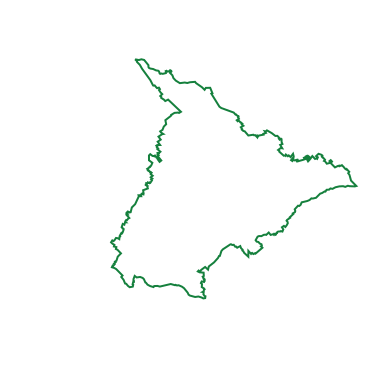 Mueang Suphan Buri, Suphan Buri, Thailand (Equal Earth projection), rotated 128°
{"feature_id": "78962969B42801469218282", "entity_name": "Mueang Suphan Buri", "entity_type": "district", "adm_level": 2, "iso_a3": "THA", "parent_name": "Thailand", "parent_adm1": "Suphan Buri", "projection": "equal_earth", "projection_center": [100.048, 14.472], "detail": "fine", "context": "isolated", "style": "outline", "palette": "green", "viewbox_px": 384, "rotation_deg": 128, "n_neighbors": 0, "source": "geoboundaries", "source_scale": "gbopen_adm2", "svg_char_len": 6038}
<svg xmlns="http://www.w3.org/2000/svg" viewBox="0 0 384 384"><g transform="rotate(128 192 192)"><path d="M300.6,208.8L299.7,206.4L299.4,204.3L300.6,195.3L302.5,195.4L303.3,191.9L305.3,188.4L304.8,187.3L305.4,184.8L305.4,182.5L303.0,180.4L301.3,181.2L301.3,182.0L298.5,183.2L298.4,182.6L297.9,182.9L298.0,183.5L296.6,184.5L293.4,185.5L293.4,183.0L290.9,180.6L290.1,178.0L290.3,176.2L292.0,173.1L291.8,172.5L292.4,170.0L291.9,167.1L290.6,163.8L289.4,163.9L287.3,161.4L286.3,159.1L277.6,152.1L275.9,148.0L275.3,147.8L274.9,146.3L273.7,145.1L272.8,141.7L272.7,139.1L274.0,133.4L275.0,131.5L274.9,129.9L272.8,124.9L270.4,122.6L269.2,119.4L268.9,117.6L267.5,116.3L265.9,117.2L266.2,118.2L265.6,120.0L263.8,121.1L264.3,122.1L263.1,121.6L261.6,122.5L261.0,122.2L260.6,122.9L260.9,125.8L258.4,127.4L258.3,128.9L256.5,129.3L255.5,127.2L254.0,128.0L253.9,127.6L253.2,128.1L253.6,128.8L253.3,129.4L252.9,129.2L252.2,131.4L250.9,131.0L248.4,133.2L250.6,136.5L251.0,138.5L249.8,138.4L249.8,136.7L247.7,136.8L243.0,135.5L243.3,131.6L240.3,132.9L233.9,131.3L228.0,130.9L225.8,131.3L225.2,130.7L220.4,132.5L218.2,132.4L209.6,129.5L209.1,128.9L209.0,127.7L207.9,126.6L208.5,124.2L207.8,123.5L208.1,122.1L204.9,120.7L206.1,118.7L206.3,116.6L207.1,116.3L207.1,114.9L207.8,113.7L208.3,107.8L203.7,111.3L204.4,107.4L203.6,107.4L203.5,106.9L203.0,106.9L203.0,105.3L201.3,104.6L201.4,104.0L192.6,102.2L192.4,104.2L191.3,103.9L190.4,105.1L190.9,106.8L190.5,108.9L191.3,110.5L190.8,112.2L186.8,112.8L185.5,112.1L184.0,110.1L181.6,109.1L180.4,107.9L180.1,107.1L176.7,106.6L177.4,103.6L175.2,102.0L175.3,101.2L174.4,101.4L174.4,99.9L173.9,99.7L173.4,100.4L172.1,99.7L171.7,100.2L170.2,99.8L168.4,97.8L168.0,97.8L167.5,96.4L165.3,97.0L164.4,99.4L162.1,98.7L162.1,96.9L159.9,96.9L157.6,97.3L156.7,98.3L156.4,99.8L155.5,99.9L151.9,98.8L151.7,99.4L147.0,98.6L146.8,99.4L144.5,98.5L143.4,98.9L142.4,100.4L137.5,100.0L137.0,98.9L135.4,98.5L132.6,99.2L128.1,95.6L125.9,94.4L123.5,94.0L122.8,92.8L120.2,90.7L114.4,90.0L112.8,88.9L109.8,87.8L109.5,87.1L107.4,87.3L105.7,85.4L104.0,85.1L103.0,83.2L100.0,81.9L96.9,79.4L94.4,76.5L93.6,74.4L91.1,73.0L90.4,71.4L87.3,67.1L86.1,66.2L85.1,73.7L81.6,78.4L81.0,80.5L79.3,80.5L78.7,84.2L79.3,84.2L79.4,85.7L78.7,88.8L78.9,89.8L78.6,90.4L80.9,91.7L80.6,92.2L81.7,93.1L84.6,94.5L83.8,100.5L81.8,100.4L81.5,102.3L83.0,102.7L84.0,101.1L86.7,103.2L85.9,106.0L86.2,107.1L84.7,107.1L84.1,110.3L84.4,110.4L84.2,111.5L83.0,111.7L83.0,113.0L84.0,115.8L87.3,116.3L87.2,114.2L88.8,113.8L88.8,114.6L90.2,115.4L89.6,119.3L92.2,119.2L92.1,122.9L92.4,123.5L93.7,124.1L94.2,119.2L96.4,119.4L94.5,123.7L96.1,124.8L96.8,123.3L98.6,124.5L102.1,127.1L101.5,128.7L102.1,129.2L102.8,127.6L103.3,128.0L102.6,129.6L103.8,130.4L104.5,132.1L105.8,132.0L105.9,133.5L103.2,133.5L103.1,132.8L101.3,133.8L99.7,135.9L103.8,135.8L103.6,138.3L104.8,138.5L104.7,141.0L105.9,140.6L105.9,141.2L106.9,142.0L106.5,148.0L105.9,148.4L105.9,150.0L102.8,149.2L102.0,147.8L100.6,151.5L98.5,150.3L97.5,152.1L95.2,154.0L95.2,154.5L96.8,155.1L96.5,156.3L95.7,156.1L95.2,159.3L96.5,160.8L96.5,165.4L97.3,170.9L98.9,171.2L99.3,172.0L99.9,170.1L102.2,171.6L102.7,170.9L106.4,174.1L107.3,174.1L107.3,175.1L108.7,174.3L108.3,177.2L109.1,178.0L109.1,178.9L112.8,182.4L111.7,187.8L112.3,189.2L112.2,191.1L111.6,191.1L110.9,193.4L108.2,192.3L108.1,194.3L107.2,194.3L107.1,196.4L107.4,196.5L106.9,199.4L108.1,199.6L107.9,200.9L105.4,200.1L104.8,201.7L104.0,201.6L103.6,202.2L104.0,203.0L103.8,205.2L104.2,205.4L103.7,208.0L107.8,220.6L107.9,222.9L102.6,237.3L101.6,236.7L98.7,241.8L101.4,245.2L103.7,245.0L103.3,248.8L103.7,255.8L103.3,257.4L106.8,261.2L109.0,262.8L110.2,265.1L113.7,268.6L114.2,273.3L113.7,276.7L112.1,279.3L111.7,282.4L109.7,282.4L109.3,283.0L109.5,284.2L111.0,284.1L110.9,284.5L112.0,285.2L112.2,286.4L112.7,286.2L113.0,287.0L114.4,285.8L116.9,287.8L117.6,289.3L118.5,289.8L118.5,290.5L117.3,292.2L117.2,293.2L118.3,295.2L119.0,298.3L120.4,300.9L120.7,302.4L120.3,303.3L118.9,304.4L117.4,311.0L118.6,313.6L120.7,315.1L122.1,317.8L122.6,317.7L122.8,315.9L123.4,315.3L123.9,311.4L125.6,307.3L129.5,293.7L131.9,288.5L132.0,288.0L131.0,287.1L131.7,283.6L130.1,282.3L130.7,280.6L132.0,280.8L132.9,278.1L133.2,275.7L135.9,276.1L136.0,274.7L136.8,274.2L136.5,271.0L136.8,269.1L133.9,267.7L135.6,250.1L137.7,250.9L137.9,251.8L140.4,254.5L144.1,255.9L144.4,255.5L145.4,255.6L151.8,257.2L154.5,254.1L157.8,254.5L161.2,253.5L163.8,254.4L164.2,253.0L164.0,250.4L164.8,251.1L169.0,252.5L170.0,248.9L173.5,250.0L174.6,246.1L176.4,248.3L177.5,248.6L177.8,247.1L178.4,247.1L178.6,245.5L179.5,245.7L179.7,241.7L181.4,242.0L182.1,242.8L182.3,242.0L183.3,242.6L183.7,242.3L183.7,241.0L184.5,241.3L184.9,240.7L186.1,235.6L188.2,236.1L187.4,238.9L186.5,238.7L186.4,241.3L186.7,241.3L186.1,243.6L187.1,243.7L187.1,244.2L187.9,245.3L187.9,248.2L189.7,248.4L193.5,245.4L193.4,241.2L196.5,240.4L198.1,240.9L198.3,240.5L201.3,241.5L201.6,239.7L202.1,240.0L202.2,239.6L201.7,237.0L202.3,236.9L201.8,235.7L203.4,235.4L203.4,233.0L205.8,233.6L205.9,231.5L207.2,232.0L207.5,230.7L210.4,230.5L210.6,231.2L211.2,231.0L211.6,232.5L212.0,232.2L213.1,233.4L213.7,232.5L214.5,233.1L215.0,232.8L214.7,230.8L215.0,230.9L216.4,229.0L220.7,231.6L222.9,229.3L223.2,229.7L223.6,229.3L223.7,229.8L224.2,229.5L224.6,230.6L226.1,230.3L226.6,229.5L227.3,230.4L226.8,231.3L227.5,232.1L228.0,231.3L236.6,229.3L241.2,229.9L245.7,227.9L247.3,229.3L246.6,229.5L246.9,230.6L248.8,230.8L249.4,230.4L249.5,228.6L250.4,229.2L251.1,225.4L252.4,225.9L254.4,225.9L254.6,226.6L255.7,226.6L256.7,226.3L256.7,225.5L257.2,226.1L259.4,225.2L259.8,226.9L263.0,225.8L262.9,224.9L263.5,224.4L263.3,223.0L264.6,222.4L266.9,221.7L267.9,221.7L267.8,222.4L268.3,222.4L271.2,221.9L271.2,221.3L272.4,221.2L273.9,220.3L274.1,221.9L275.0,223.6L277.6,223.4L279.0,223.6L279.2,225.0L281.5,224.8L281.7,222.6L281.4,220.6L283.0,220.0L282.0,217.7L283.8,216.9L283.4,215.2L284.1,210.2L288.7,210.7L292.7,209.2L294.2,209.8L294.4,209.0L296.4,209.4L296.5,208.5L298.9,208.6L298.9,209.2L300.6,208.8Z" fill="none" stroke="#15803d" stroke-width="2"/></g></svg>